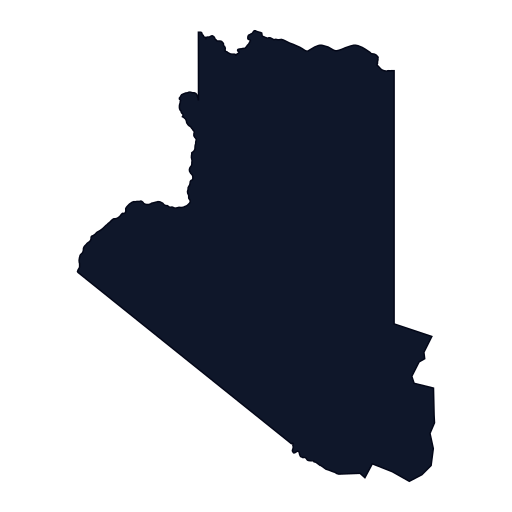 outline of Koroba/Kopiago District, Southern Highlands, Papua New Guinea
{"feature_id": "67681753B5215612812424", "entity_name": "Koroba/Kopiago District", "entity_type": "district", "adm_level": 2, "iso_a3": "PNG", "parent_name": "Papua New Guinea", "parent_adm1": "Southern Highlands", "projection": "mercator", "projection_center": [142.383, -5.438], "detail": "fine", "context": "isolated", "style": "filled", "palette": "ink", "viewbox_px": 512, "rotation_deg": 0, "n_neighbors": 0, "source": "geoboundaries", "source_scale": "gbopen_adm2", "svg_char_len": 5828}
<svg xmlns="http://www.w3.org/2000/svg" viewBox="0 0 512 512"><path d="M198.4,32.2L198.5,100.6L197.0,95.1L196.3,94.0L195.6,93.3L194.4,92.8L192.3,92.7L190.7,92.2L189.5,92.1L188.8,92.2L187.5,92.8L185.6,93.0L182.5,94.3L181.7,94.7L181.2,95.3L180.2,97.1L179.4,98.0L179.4,99.0L179.6,99.3L180.0,99.5L180.3,99.8L180.4,100.1L180.6,100.3L180.6,100.5L180.3,101.4L180.2,101.9L180.2,102.7L179.6,104.6L179.4,105.8L179.4,107.7L179.6,108.9L180.2,110.2L181.0,111.0L181.0,111.3L181.2,111.6L181.2,112.1L181.9,113.3L182.7,113.9L183.1,114.7L183.1,115.1L182.9,115.8L182.4,116.7L183.6,117.3L185.5,119.0L186.0,119.9L186.2,120.4L186.2,120.7L186.4,120.9L186.6,122.3L187.0,123.3L187.7,124.1L187.8,124.5L189.0,125.7L190.3,126.5L191.1,127.3L191.6,128.2L192.1,128.6L193.3,130.5L193.9,131.0L194.2,131.5L194.2,132.8L193.9,133.7L193.9,135.8L194.8,137.3L195.6,138.2L196.1,138.9L196.2,139.3L196.2,140.0L195.7,142.1L195.7,143.3L195.6,144.2L195.4,144.5L195.1,145.8L194.9,149.2L194.2,150.6L193.7,151.2L192.9,152.0L192.6,152.1L192.2,152.4L191.7,152.9L191.8,153.8L191.5,155.5L191.4,157.6L191.6,158.2L191.6,158.6L191.9,159.7L192.0,160.3L192.1,161.2L191.9,161.6L191.8,163.3L191.9,163.7L191.6,165.2L191.4,165.7L190.2,167.3L189.7,168.2L189.7,168.8L189.4,169.2L189.5,171.0L189.6,171.3L190.6,173.1L192.1,174.8L192.4,175.3L192.8,176.2L192.8,177.3L192.9,177.8L192.8,178.6L192.6,179.2L192.2,179.8L191.8,180.2L191.0,180.5L190.5,181.1L190.2,181.8L190.1,183.1L189.8,184.4L189.5,185.3L189.3,185.5L188.5,186.9L188.1,187.8L188.1,188.9L187.9,190.2L187.6,191.0L187.5,191.6L187.6,192.6L187.7,193.2L188.6,195.2L188.7,195.7L188.7,196.3L188.7,197.8L188.8,198.3L189.1,198.9L189.6,199.4L190.0,200.2L190.2,201.0L190.2,201.7L190.0,202.3L189.7,203.0L188.0,204.7L187.0,205.6L185.5,206.3L184.6,206.6L183.9,207.1L183.5,207.1L182.9,207.3L181.2,207.5L179.0,207.3L178.3,207.5L175.8,208.1L175.0,208.1L174.5,208.0L172.4,207.1L171.3,207.1L171.2,207.2L169.8,207.2L169.0,206.9L167.8,205.9L167.3,205.6L166.3,205.6L165.0,205.3L164.1,204.8L162.7,203.2L159.9,201.8L157.9,201.6L157.4,201.8L154.8,202.4L154.4,202.6L154.0,202.6L153.6,202.8L152.4,203.0L151.6,203.2L151.1,203.5L150.7,203.9L150.4,204.0L150.2,204.3L149.5,204.2L149.0,204.5L146.6,204.5L144.9,204.1L143.8,203.5L142.9,202.3L142.1,201.6L141.1,201.1L140.5,201.1L140.0,201.3L139.4,201.4L138.4,201.4L136.9,201.4L135.7,201.7L133.5,201.7L132.0,202.3L129.4,204.1L127.1,206.5L126.3,207.5L125.7,208.7L125.8,210.8L125.6,212.0L125.4,212.2L125.4,212.4L124.7,213.2L124.2,213.4L123.4,213.4L122.7,213.3L122.4,213.4L121.4,214.3L119.9,216.3L118.4,217.5L117.3,218.2L115.7,218.7L113.7,218.8L112.4,219.6L111.9,220.1L111.5,220.4L109.7,222.3L109.2,222.6L108.6,223.2L108.2,223.4L107.0,224.7L106.4,225.1L106.0,225.4L102.7,228.6L100.0,230.6L97.1,232.2L96.3,232.9L96.3,233.0L95.2,234.2L94.2,234.8L93.6,235.4L92.6,235.9L92.2,235.9L91.7,236.2L91.3,236.7L91.1,237.2L91.1,238.4L90.8,239.8L90.5,240.4L90.0,241.0L89.8,241.4L87.4,243.1L86.9,243.6L86.3,244.4L84.6,246.1L84.1,246.8L83.5,248.2L83.4,249.0L83.4,250.2L82.8,252.2L82.3,253.0L80.5,254.7L79.9,256.0L79.9,256.5L79.5,257.6L79.1,260.2L79.2,261.6L79.3,262.6L79.5,263.1L79.6,264.0L79.6,266.9L79.3,267.9L78.1,269.8L77.5,271.6L78.1,272.5L291.4,443.7L292.8,443.2L293.1,443.4L293.3,443.7L292.9,444.8L292.9,445.7L293.2,446.5L293.3,447.0L292.8,449.2L292.4,450.2L292.4,451.0L292.8,451.7L293.2,452.4L293.7,452.9L294.7,452.8L295.9,452.1L297.2,451.2L298.0,451.3L298.5,451.6L299.1,452.1L299.3,452.7L299.4,453.6L299.6,454.4L300.0,455.4L300.5,456.4L301.1,456.8L301.6,457.0L302.2,457.1L302.9,457.6L304.4,457.4L305.0,457.5L305.6,457.8L306.3,458.5L307.1,459.7L307.5,460.1L308.4,460.5L309.7,460.7L310.9,460.8L313.7,460.8L313.8,461.5L314.0,461.8L315.7,462.2L316.1,462.4L320.1,465.4L320.7,465.4L326.0,469.2L328.6,470.0L331.4,471.1L333.5,471.9L335.0,472.3L335.5,472.8L336.0,472.9L336.7,473.5L338.8,474.1L360.0,473.3L364.9,477.7L372.3,463.8L392.3,471.7L409.3,481.3L421.9,474.7L431.1,465.5L433.3,448.6L430.0,433.4L434.5,422.8L434.1,415.3L433.5,388.1L414.1,383.3L411.8,376.3L419.1,361.9L424.7,358.7L423.9,352.3L431.8,336.5L394.1,323.9L394.1,70.7L391.1,70.7L390.3,70.8L388.4,70.7L387.5,70.8L386.8,71.2L384.1,70.7L382.4,70.1L380.9,69.1L378.6,66.6L377.0,65.0L377.0,64.7L377.6,63.0L377.4,62.2L378.0,59.7L377.8,59.5L378.1,57.2L376.4,55.2L374.6,54.2L373.1,53.9L371.3,53.7L369.9,52.3L365.1,49.1L362.2,47.4L358.0,45.7L355.5,45.2L353.8,45.2L350.6,46.0L345.2,47.8L343.7,48.5L341.5,49.4L338.8,50.3L336.5,50.8L335.3,50.7L333.7,50.2L328.1,47.0L322.5,45.4L321.2,45.2L319.3,45.3L318.0,45.7L314.7,47.0L309.6,50.0L307.9,51.1L306.5,51.1L304.8,50.4L302.3,48.7L299.9,47.3L293.1,44.3L289.5,43.0L285.1,40.8L283.4,40.0L281.4,39.4L278.6,39.8L277.5,39.7L275.8,39.3L273.9,39.7L270.5,37.9L269.0,37.7L268.2,38.0L267.1,38.2L266.6,38.0L266.2,37.7L264.9,37.3L263.8,36.7L262.6,36.3L262.2,36.1L261.7,33.0L260.3,32.4L259.3,32.2L256.6,31.4L255.6,30.8L254.9,30.7L254.2,30.8L253.3,31.7L253.0,32.4L252.5,33.0L252.0,33.5L250.8,34.0L250.2,34.5L249.2,34.8L248.4,35.4L247.9,36.7L247.8,38.1L247.9,38.8L248.2,39.2L250.3,40.2L250.4,40.5L250.4,41.0L249.6,42.2L248.9,43.7L248.1,44.6L247.2,45.5L246.5,46.8L246.0,47.1L245.3,48.1L244.6,48.3L243.2,48.4L242.1,48.6L241.3,48.9L240.1,48.9L238.2,49.3L237.7,49.8L237.6,50.4L237.9,51.1L238.8,51.7L239.2,52.3L238.9,52.8L236.5,54.4L236.2,55.1L235.7,55.2L235.5,54.6L234.8,54.2L231.5,54.1L230.3,53.9L227.5,52.4L227.0,51.8L226.5,51.7L225.6,51.3L225.0,50.9L225.2,50.2L225.1,49.3L225.3,48.2L225.0,47.4L224.6,47.1L224.6,46.4L223.9,46.0L223.5,45.3L223.5,44.2L223.4,43.4L221.7,41.5L221.0,41.2L219.9,41.0L218.4,41.0L217.3,41.0L216.9,40.8L216.2,40.0L215.2,39.2L214.8,38.4L214.5,37.6L214.1,37.0L213.4,36.4L212.4,35.8L211.8,35.8L210.8,36.2L209.2,37.1L208.0,37.0L207.0,37.1L206.4,37.4L205.9,38.4L205.3,37.3L204.1,37.1L203.6,36.3L203.4,35.8L203.2,35.3L202.6,35.0L202.2,34.7L201.9,33.2L201.4,32.5L200.6,32.2L198.4,32.2Z" fill="#0f172a" stroke="#020617" stroke-width="1.5"/></svg>